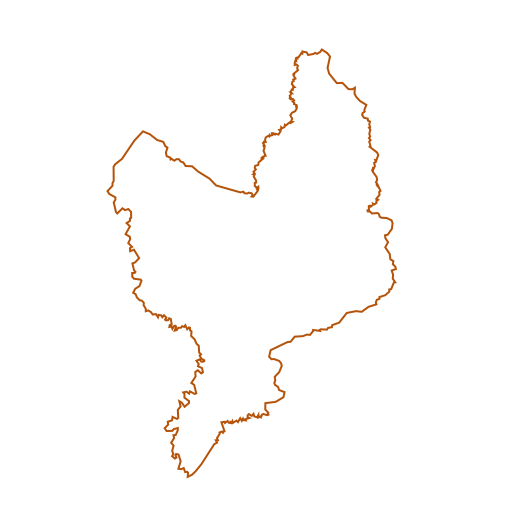 the district of Si Bun Rueang, Nong Bua Lam Phu, Thailand, rotated 62°
{"feature_id": "78962969B72189645888200", "entity_name": "Si Bun Rueang", "entity_type": "district", "adm_level": 2, "iso_a3": "THA", "parent_name": "Thailand", "parent_adm1": "Nong Bua Lam Phu", "projection": "mercator", "projection_center": [102.187, 16.996], "detail": "fine", "context": "isolated", "style": "outline", "palette": "amber", "viewbox_px": 512, "rotation_deg": 62, "n_neighbors": 0, "source": "geoboundaries", "source_scale": "gbopen_adm2", "svg_char_len": 6135}
<svg xmlns="http://www.w3.org/2000/svg" viewBox="0 0 512 512"><g transform="rotate(62 256 256)"><path d="M100.0,115.7L97.2,119.0L99.1,120.1L98.2,120.8L100.4,125.0L100.0,127.1L101.1,126.9L100.8,128.4L102.8,129.0L102.2,129.7L103.6,131.1L105.5,132.1L105.7,130.5L107.6,129.7L109.7,131.6L111.7,131.7L112.7,137.1L113.5,137.0L113.8,138.1L117.9,137.9L117.7,140.3L119.2,140.5L119.2,142.0L121.1,143.7L125.0,142.7L124.5,144.0L126.5,145.5L125.8,146.2L127.2,148.3L128.9,148.0L128.4,148.6L129.3,148.4L130.5,151.1L132.8,150.9L132.1,151.6L132.7,152.3L134.3,151.5L134.9,149.7L136.5,149.3L136.9,151.1L138.5,150.3L139.7,151.1L141.7,149.4L142.6,150.1L142.8,148.8L143.1,150.4L144.7,150.5L146.6,153.5L146.4,157.0L147.8,159.6L151.8,159.6L153.7,162.0L154.7,160.9L154.8,163.3L153.8,163.8L154.7,168.2L153.7,168.9L155.6,170.4L155.4,173.0L154.2,173.3L156.0,174.5L155.6,176.2L157.3,175.7L159.3,179.1L157.3,181.4L157.7,182.2L156.2,183.0L156.5,184.1L155.7,183.2L155.1,184.3L157.0,184.8L156.5,187.0L155.6,187.2L156.7,188.2L155.7,188.9L155.9,191.8L157.6,193.4L159.8,193.9L158.9,195.3L159.7,195.6L159.6,196.8L162.8,196.6L162.5,197.7L164.7,197.8L166.5,199.9L171.9,200.5L171.4,201.3L172.6,203.6L171.7,203.7L172.0,205.1L172.8,205.5L173.5,204.6L174.6,209.8L176.7,211.3L176.0,214.4L177.7,215.8L179.5,215.5L180.5,218.7L182.1,218.5L182.5,220.0L183.3,218.8L184.8,220.7L189.4,220.5L191.2,221.4L190.8,222.7L193.6,224.2L196.2,223.1L195.9,221.4L197.3,222.0L198.5,223.1L197.7,223.8L199.4,224.0L202.4,230.6L201.4,231.9L200.8,230.4L198.8,230.3L196.7,232.6L196.7,234.5L195.1,236.8L193.3,236.9L192.5,239.9L175.0,258.1L165.9,260.7L154.4,267.4L146.8,270.3L143.5,275.9L139.2,276.3L137.2,278.2L134.4,278.6L133.2,280.7L133.5,283.4L130.3,285.1L130.5,286.0L128.9,285.5L125.9,288.0L122.4,287.0L118.7,283.3L116.5,284.5L111.7,284.3L107.2,288.8L98.6,292.6L92.9,297.3L97.0,309.2L107.4,328.9L108.9,337.4L110.4,339.9L122.9,346.4L124.3,348.5L126.6,349.7L129.0,356.7L132.4,356.4L138.2,352.6L140.2,353.7L142.0,356.5L151.5,359.0L153.3,358.5L151.2,351.5L154.0,350.1L154.6,346.7L158.4,345.6L163.7,348.3L163.7,349.7L165.8,350.8L166.2,354.8L170.7,353.4L175.5,360.9L179.8,358.4L182.1,359.2L184.6,362.7L189.7,361.2L189.9,363.6L192.7,364.8L193.1,360.8L203.0,360.2L204.9,365.7L204.5,368.6L211.3,370.4L213.4,369.9L214.0,371.1L212.9,373.3L216.3,375.0L218.8,374.4L222.7,368.9L224.0,368.7L227.9,373.1L228.2,378.0L230.8,381.7L233.2,380.2L236.5,380.6L240.5,379.5L241.7,377.8L244.6,377.0L246.6,378.3L250.9,378.1L253.0,379.2L253.5,376.7L256.2,375.1L259.2,374.7L260.3,371.6L264.1,371.3L262.3,369.6L263.9,367.6L266.1,367.4L265.1,365.1L268.3,364.1L269.5,366.2L270.5,365.8L271.4,363.8L270.2,362.0L271.6,360.8L276.9,362.6L276.5,364.6L278.0,365.8L278.7,363.7L281.1,364.0L279.3,361.0L279.8,359.8L281.0,359.8L283.7,362.8L284.2,360.7L282.9,358.4L284.1,355.9L283.3,354.1L284.9,352.7L284.0,350.9L288.4,351.1L287.6,348.7L288.3,348.0L290.7,349.1L292.2,348.3L296.2,350.8L300.9,349.3L305.5,349.7L308.4,348.7L314.6,351.5L317.0,350.7L317.5,352.5L321.1,352.4L323.8,350.6L324.6,351.2L324.2,353.0L323.4,354.0L320.8,354.4L320.5,357.7L324.5,357.3L326.1,359.0L329.5,356.3L333.7,357.4L334.0,359.4L329.6,361.0L329.9,364.1L334.0,365.9L337.8,372.7L340.7,371.1L349.2,373.2L349.0,374.9L344.5,377.9L346.1,379.7L343.2,381.0L342.3,384.3L344.3,383.9L347.4,385.7L352.6,383.3L354.3,384.1L355.6,389.8L350.6,390.4L348.2,391.9L353.4,393.2L355.2,397.3L362.4,400.6L362.8,402.2L358.9,405.2L361.7,407.3L360.9,411.7L363.6,412.7L365.2,417.5L368.6,417.1L371.1,411.9L370.2,409.9L371.2,405.8L373.0,406.7L376.3,410.9L375.5,413.0L378.2,413.7L381.1,418.6L384.8,417.8L388.7,421.5L392.2,422.0L393.3,424.1L396.8,422.7L396.6,420.8L394.1,420.6L393.3,419.4L395.0,417.6L401.9,418.9L407.4,424.4L409.1,422.1L409.3,419.4L413.6,420.0L414.1,418.2L415.4,417.7L418.9,420.0L419.1,415.2L417.8,410.6L414.2,402.0L402.6,381.3L402.5,378.0L399.9,378.0L400.8,376.1L398.4,375.9L396.0,371.5L394.7,371.1L394.9,368.8L396.5,368.2L395.3,366.7L396.7,366.2L386.6,364.6L387.6,361.6L388.9,361.7L388.3,358.6L390.3,358.4L391.2,357.4L390.5,356.6L391.8,356.2L390.7,354.4L392.5,354.9L392.2,350.5L394.2,349.9L391.8,346.1L394.9,345.9L393.5,343.9L395.0,344.1L396.4,342.2L395.1,342.1L395.9,337.9L394.3,339.1L392.7,338.1L392.3,336.5L395.2,334.8L394.2,332.3L396.9,332.8L398.9,330.8L397.4,328.5L399.7,329.6L399.7,327.5L400.7,327.3L398.9,325.2L398.9,323.7L401.8,320.9L401.9,319.6L401.0,319.8L400.3,318.7L395.9,319.9L390.3,316.8L394.0,307.2L393.6,298.1L389.6,294.7L385.2,298.5L382.0,298.0L378.6,299.7L376.8,299.5L374.9,297.4L371.5,296.2L369.4,290.0L365.2,284.9L362.5,284.2L359.5,284.8L355.4,288.5L354.4,290.8L351.1,291.7L346.0,287.3L346.8,268.4L348.0,265.8L345.4,259.7L348.8,252.2L349.3,247.9L351.0,245.4L349.2,241.0L348.1,240.3L352.1,234.8L351.2,234.9L351.1,233.3L354.3,227.9L353.3,226.1L354.5,222.4L352.8,221.1L353.9,213.9L348.9,202.6L351.6,193.7L354.9,188.8L353.7,180.6L355.2,172.4L353.2,172.0L351.4,169.9L351.8,167.1L350.2,166.3L351.3,160.2L350.0,154.9L348.1,154.1L348.7,152.2L344.2,146.8L344.6,145.4L340.2,145.9L337.0,143.8L332.5,143.0L333.2,138.6L330.9,138.0L327.5,139.0L324.9,137.1L322.1,138.9L317.0,137.0L309.0,137.8L305.8,132.9L301.1,133.4L298.3,132.4L299.0,129.7L295.8,123.3L291.2,120.0L288.1,119.6L283.7,122.9L281.2,127.2L279.5,128.3L276.5,127.8L275.1,128.6L272.9,133.6L270.2,134.5L269.1,136.4L268.1,136.2L268.1,134.5L264.9,133.0L265.1,131.7L266.3,131.5L265.6,128.1L264.8,128.0L266.0,127.1L265.6,124.6L264.1,124.1L263.7,121.8L262.0,123.0L260.0,118.2L257.4,117.3L257.0,115.5L250.9,115.2L251.3,115.9L249.9,116.1L248.7,115.1L247.3,115.5L245.9,113.5L242.9,112.4L236.5,113.3L235.1,112.3L234.8,113.0L233.2,111.4L233.9,110.8L232.4,108.8L229.3,108.0L229.2,106.0L227.3,105.7L228.1,104.9L224.2,100.6L221.4,100.5L212.9,104.4L212.7,103.3L208.1,102.3L207.5,100.4L204.9,100.9L204.2,99.2L201.3,98.6L198.1,95.7L195.8,96.0L195.8,94.8L193.0,94.2L190.8,92.3L188.9,93.6L187.3,92.8L184.5,95.8L181.1,96.0L179.8,94.7L179.5,92.2L177.8,91.7L174.4,87.6L168.0,91.4L162.5,92.8L158.8,92.8L153.9,89.7L154.0,92.7L152.1,96.0L143.7,98.4L141.3,103.5L129.3,105.8L123.5,104.5L114.6,97.0L110.4,97.8L104.6,100.9L106.0,103.6L106.1,107.3L104.4,108.4L104.6,110.4L103.0,115.6L100.0,115.7Z" fill="none" stroke="#b45309" stroke-width="2"/></g></svg>